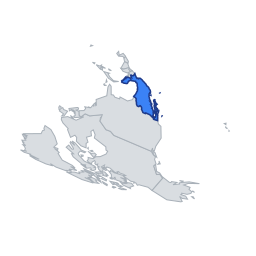 Mexico on a map of North America (Robinson projection), rotated 204°
{"feature_id": "MEX", "entity_name": "Mexico", "entity_type": "country or territory", "adm_level": 0, "iso_a3": "MEX", "parent_name": "North America", "parent_adm1": "", "projection": "robinson", "projection_center": [-103.635, 23.63], "detail": "fine", "context": "in_parent", "style": "filled", "palette": "blue", "viewbox_px": 256, "rotation_deg": 204, "n_neighbors": 17, "source": "natural_earth", "source_scale": "50m", "svg_char_len": 13583}
<svg xmlns="http://www.w3.org/2000/svg" viewBox="0 0 256 256"><g transform="rotate(204 128 128)"><path d="M97.4,116.2L93.7,113.6L91.2,112.9L91.0,110.2L87.8,106.7L89.0,103.8L83.0,97.1L80.0,98.6L75.9,96.2L80.6,80.7L85.6,82.0L94.8,80.6L96.2,79.5L98.7,81.1L100.5,80.0L100.4,81.2L103.9,80.5L111.2,82.0L112.8,82.8L111.0,83.6L113.1,83.9L117.5,83.5L118.8,84.4L120.1,83.6L118.9,82.9L119.7,82.4L122.2,82.2L127.9,84.0L131.5,83.8L131.3,82.8L132.4,82.5L134.3,83.1L134.4,84.6L136.5,81.7L133.7,80.1L133.7,78.4L135.0,77.3L137.8,78.2L139.6,79.9L138.6,80.7L140.9,81.0L141.0,82.7L142.5,81.4L144.1,82.4L143.9,83.6L145.2,84.7L147.0,82.2L146.8,80.4L150.3,80.8L152.0,81.6L151.5,83.2L152.5,84.9L147.3,85.8L145.8,88.6L141.7,90.6L137.5,95.2L137.1,98.5L139.1,98.8L140.6,101.8L154.7,105.2L155.3,108.5L159.0,112.2L160.5,109.8L158.2,106.0L162.2,102.7L158.8,98.8L160.0,96.9L158.2,92.8L163.7,92.6L169.8,94.9L171.0,98.5L173.6,99.8L176.7,96.1L182.6,102.0L182.4,103.1L189.4,106.1L192.3,108.5L193.0,110.5L187.7,113.9L178.6,114.0L172.9,120.2L180.9,115.8L182.4,116.7L181.3,117.9L182.9,121.3L185.0,122.2L187.3,121.9L188.4,119.9L189.9,121.8L182.5,126.2L181.3,126.1L181.0,124.5L183.3,123.0L179.3,123.3L177.7,119.7L175.5,119.0L172.9,123.5L167.9,123.5L157.2,129.7L156.1,129.1L157.4,126.2L156.4,122.9L147.4,117.5L142.6,117.8L137.9,115.5L97.4,116.2ZM150.5,92.6L151.4,91.8L153.2,91.8L151.8,93.0L150.5,92.6ZM152.6,76.0L151.1,74.6L156.6,75.9L154.1,75.9L152.6,76.0ZM156.4,93.9L155.8,92.7L156.7,93.1L156.4,93.9ZM136.4,72.7L135.8,73.3L132.8,72.8L134.9,71.8L136.4,72.7ZM135.7,69.2L133.2,69.1L132.9,68.7L135.0,68.7L135.7,69.2ZM130.4,67.3L133.7,67.9L131.9,68.7L130.4,67.3ZM151.8,72.8L137.7,72.9L135.8,70.8L132.3,70.2L138.2,70.2L141.1,71.8L150.0,71.7L151.8,72.8ZM115.5,68.4L118.6,68.5L114.6,68.9L115.5,68.4ZM116.9,67.3L118.8,67.7L115.8,67.9L116.9,67.3ZM193.5,112.0L192.6,114.7L197.6,115.7L197.5,117.1L198.5,116.8L199.7,118.9L199.5,120.5L197.8,120.2L197.2,118.5L195.9,120.1L194.3,118.7L190.0,118.8L191.3,113.1L193.5,112.0ZM147.3,87.1L153.3,90.0L155.2,90.4L151.3,89.8L148.4,91.5L146.1,90.7L147.3,87.1ZM151.7,77.1L154.8,76.1L166.4,79.4L169.2,81.5L167.2,82.3L176.7,85.3L175.2,88.3L170.9,86.0L169.4,86.2L169.5,87.2L175.0,91.0L174.9,92.2L169.6,90.4L173.8,93.4L170.1,92.8L161.5,88.8L156.9,89.0L157.5,87.8L162.3,87.5L163.2,84.6L162.1,83.3L154.5,80.0L142.9,79.6L141.8,79.1L143.0,78.4L141.3,78.4L140.7,76.8L142.5,74.9L145.4,74.5L144.7,75.4L145.8,76.4L149.4,74.5L151.7,76.1L151.7,77.1ZM133.9,75.0L137.8,74.0L140.0,74.4L134.7,77.1L133.9,75.0ZM104.1,71.1L108.6,69.2L111.8,69.0L110.5,70.5L104.1,71.1ZM84.0,108.3L86.0,107.0L85.3,109.0L86.3,110.5L84.0,108.3ZM123.3,66.7L128.1,67.4L129.4,68.6L123.6,68.0L124.6,67.6L123.3,66.7ZM96.3,117.1L93.3,116.5L89.9,113.0L93.5,113.8L96.3,117.1ZM101.2,73.7L109.5,73.9L111.7,75.0L107.2,76.4L105.5,78.1L102.3,78.9L99.3,77.4L102.1,74.6L101.2,73.7ZM118.7,70.2L122.9,72.0L115.5,73.5L113.7,73.1L116.1,72.4L109.6,72.3L112.4,70.6L119.2,72.0L117.7,70.7L118.7,70.2ZM119.7,75.5L123.2,76.2L124.2,78.7L128.2,80.9L126.3,81.0L126.6,82.2L122.4,81.5L113.5,82.6L108.9,80.3L114.8,79.7L108.3,79.4L107.8,78.8L110.6,78.2L106.8,77.9L112.0,75.2L113.1,75.5L112.5,76.2L118.0,75.7L119.9,77.7L120.5,77.1L119.7,75.5ZM128.9,76.1L127.6,75.1L132.3,74.5L131.6,75.7L133.4,76.3L133.2,77.7L131.4,78.3L126.5,76.4L128.9,76.1ZM121.8,74.8L123.3,74.7L124.2,75.0L123.2,76.0L121.8,74.8ZM126.4,70.8L131.6,70.9L131.3,72.6L126.4,71.9L126.4,70.8ZM132.3,65.5L136.5,64.3L143.7,66.6L140.6,68.1L136.6,68.0L135.4,67.5L136.1,66.6L132.3,65.5ZM137.2,63.6L149.0,62.2L166.4,62.8L161.3,64.1L163.5,64.1L158.7,66.0L153.0,66.7L154.5,66.8L153.9,67.1L155.0,67.8L150.9,69.6L153.1,70.2L150.4,71.0L140.6,70.6L142.3,69.6L141.6,68.6L145.2,69.1L141.8,68.0L144.5,66.6L142.3,65.4L147.4,65.2L141.6,65.1L137.2,63.6ZM160.0,84.3L158.0,84.9L157.5,84.1L158.8,83.0L160.0,84.3ZM131.6,80.0L134.8,81.7L134.1,82.2L129.8,81.2L131.6,80.0ZM181.5,114.6L183.9,114.9L185.7,116.0L183.0,115.5L181.5,114.6ZM183.2,119.8L183.9,120.7L186.4,120.9L185.3,121.8L183.3,121.0L183.2,119.8Z" fill="#d9dde1" stroke="#a8b0b8" stroke-width="1"/><path d="M97.4,116.2L137.9,115.5L142.6,117.8L147.4,117.5L156.4,122.9L156.9,129.7L167.9,123.5L172.9,123.5L175.5,119.0L177.7,119.7L179.7,123.9L175.3,126.0L174.6,128.5L176.1,129.8L170.6,131.1L173.3,131.1L170.3,131.4L169.3,134.8L168.2,133.7L169.1,135.8L168.0,138.0L167.0,134.4L167.2,136.4L166.2,136.1L168.7,141.1L160.5,148.8L163.0,157.4L162.6,160.5L160.4,159.3L156.9,151.6L154.7,152.2L152.6,150.8L147.5,151.2L147.9,153.1L139.4,152.5L135.6,155.6L135.0,159.3L132.6,158.3L129.5,152.7L124.7,152.9L120.7,148.2L113.5,149.0L107.7,146.4L103.9,146.8L101.9,144.0L98.6,142.9L93.6,132.2L95.2,122.6L94.6,117.7L96.8,118.0L97.4,119.7L97.4,116.2ZM80.6,80.7L75.9,96.2L80.0,98.6L83.0,97.1L89.0,103.8L87.9,105.8L84.2,100.0L80.8,99.8L77.1,97.5L68.2,95.2L66.6,95.6L66.5,96.7L61.1,98.2L63.8,94.5L58.2,97.8L58.8,98.7L57.1,99.9L50.1,103.7L40.1,106.2L50.4,101.9L53.9,98.6L47.1,99.0L47.3,96.7L44.0,95.8L43.8,94.2L44.7,93.2L47.1,91.4L52.4,90.3L51.9,89.3L53.1,88.6L47.6,89.2L44.7,87.2L49.9,85.7L53.0,86.5L48.6,82.9L49.8,82.0L63.3,78.2L80.6,80.7ZM38.4,90.3L39.9,90.5L41.9,91.1L40.6,91.7L38.4,90.3ZM39.9,170.8L41.9,171.2L40.4,172.3L39.9,170.8ZM39.2,168.4L39.4,169.2L39.0,168.5L39.2,168.4ZM38.2,168.0L38.9,168.3L38.0,168.2L38.2,168.0ZM36.8,167.8L37.5,167.8L37.4,167.9L36.8,167.8ZM34.5,166.1L34.7,166.7L34.2,166.4L34.5,166.1ZM41.0,96.3L43.4,96.2L43.2,96.8L41.0,96.3ZM56.1,101.1L59.6,100.9L56.0,101.9L56.1,101.1Z" fill="#d9dde1" stroke="#a8b0b8" stroke-width="1"/><path d="M177.1,170.8L177.3,173.9L172.8,173.4L176.2,172.8L174.7,170.4L177.1,170.8Z" fill="#d9dde1" stroke="#a8b0b8" stroke-width="1"/><path d="M177.8,174.8L177.3,170.5L182.8,172.9L178.9,173.2L177.8,174.8Z" fill="#d9dde1" stroke="#a8b0b8" stroke-width="1"/><path d="M164.9,158.2L166.5,157.4L166.6,157.9L164.9,158.2ZM166.6,157.1L167.9,157.9L167.7,159.2L167.4,158.0L166.6,157.1ZM165.9,161.7L166.7,160.6L167.3,163.2L165.9,161.7Z" fill="#d9dde1" stroke="#a8b0b8" stroke-width="1"/><path d="M181.3,62.8L188.3,61.8L199.6,61.8L206.7,62.7L196.4,63.3L206.8,63.8L206.5,64.4L212.9,63.6L217.3,64.3L211.0,65.5L213.4,65.6L213.4,67.5L215.0,69.0L217.2,69.9L214.3,70.4L217.0,71.1L218.5,72.3L217.5,72.4L220.0,73.7L216.5,75.2L219.3,76.9L216.3,76.7L220.4,78.0L221.8,79.2L219.9,79.5L216.4,78.1L217.6,79.1L216.9,79.9L221.8,80.0L205.1,87.5L205.0,90.8L203.5,92.2L204.7,93.5L204.8,96.5L197.8,95.2L191.5,90.6L186.2,84.7L188.0,80.3L183.7,80.8L183.2,79.0L186.9,79.4L180.9,77.7L181.5,76.3L175.0,71.9L163.7,71.2L160.0,69.9L164.8,69.4L157.4,68.4L164.6,66.6L164.8,66.1L161.8,65.6L166.9,64.3L166.2,63.8L177.9,63.0L184.4,63.9L181.3,62.8Z" fill="#d9dde1" stroke="#a8b0b8" stroke-width="1"/><path d="M168.6,191.5L167.7,194.2L165.6,190.9L162.8,194.2L159.5,192.6L159.3,190.0L161.8,191.3L165.8,189.8L168.6,191.5Z" fill="#d9dde1" stroke="#a8b0b8" stroke-width="1"/><path d="M160.0,189.8L159.3,192.3L154.8,189.1L154.3,187.3L158.1,187.2L160.0,189.8Z" fill="#d9dde1" stroke="#a8b0b8" stroke-width="1"/><path d="M158.1,187.2L154.7,187.0L151.4,183.5L155.9,180.0L158.8,179.6L158.1,187.2Z" fill="#d9dde1" stroke="#a8b0b8" stroke-width="1"/><path d="M158.8,179.6L155.9,180.0L152.0,183.4L148.6,180.7L150.9,178.0L155.7,177.8L158.8,179.6Z" fill="#d9dde1" stroke="#a8b0b8" stroke-width="1"/><path d="M148.6,180.7L151.3,181.9L151.0,183.1L147.4,182.0L148.6,180.7Z" fill="#d9dde1" stroke="#a8b0b8" stroke-width="1"/><path d="M143.9,180.5L144.6,177.6L146.7,177.6L145.1,175.4L145.8,174.3L148.8,174.4L148.8,178.0L150.4,178.3L148.6,180.7L147.4,182.0L143.9,180.5Z" fill="#d9dde1" stroke="#a8b0b8" stroke-width="1"/><path d="M148.8,174.4L150.5,173.4L149.3,178.0L148.8,178.0L148.8,174.4Z" fill="#d9dde1" stroke="#a8b0b8" stroke-width="1"/><path d="M184.8,173.0L187.2,173.6L184.7,174.1L184.8,173.0Z" fill="#d9dde1" stroke="#a8b0b8" stroke-width="1"/><path d="M166.5,173.6L168.8,173.3L170.0,174.2L166.5,173.6Z" fill="#d9dde1" stroke="#a8b0b8" stroke-width="1"/><path d="M159.7,164.3L166.1,165.5L173.1,169.7L167.3,170.5L168.3,169.5L165.6,167.3L160.5,165.3L155.4,166.7L159.7,164.3Z" fill="#d9dde1" stroke="#a8b0b8" stroke-width="1"/><path d="M193.9,188.8L195.6,187.4L195.6,188.8L193.9,188.8Z" fill="#d9dde1" stroke="#a8b0b8" stroke-width="1"/><path d="M103.9,146.8L107.7,146.4L107.5,146.8L113.5,149.0L117.9,149.0L118.0,148.2L120.7,148.2L121.2,148.8L121.4,148.9L122.2,149.7L123.2,150.4L123.5,151.3L123.5,151.5L123.6,151.8L124.0,152.3L124.6,152.8L124.8,152.8L125.8,153.4L126.1,153.3L126.4,153.0L126.6,152.2L126.8,152.0L127.0,151.9L127.4,151.8L127.8,151.9L128.5,151.9L129.8,153.0L130.5,154.3L130.5,154.6L130.8,154.9L131.4,155.8L131.8,156.1L131.8,156.5L131.9,156.8L131.9,157.0L132.3,157.6L132.5,158.2L133.0,158.4L133.1,158.5L133.6,158.7L133.8,158.8L134.6,158.9L134.9,159.0L135.3,159.2L135.6,159.1L135.6,159.5L135.1,160.9L134.8,162.0L134.7,163.2L134.7,164.7L134.5,165.3L134.6,165.6L134.7,166.3L135.0,166.9L135.4,167.3L135.3,167.9L135.3,167.7L135.3,167.3L135.0,167.0L134.7,166.5L134.9,167.3L135.1,167.5L135.6,168.8L136.9,170.5L137.2,171.5L137.7,172.0L137.8,172.3L138.0,172.5L137.7,172.4L137.8,172.5L138.2,172.7L138.3,172.7L138.1,172.6L138.3,172.7L139.0,172.7L139.2,172.9L139.6,173.0L140.0,173.7L140.6,173.6L141.6,173.2L142.3,173.2L142.7,173.1L142.9,173.0L143.0,172.9L143.4,172.7L144.2,172.7L144.4,172.8L144.3,173.0L144.5,173.1L144.9,173.2L145.3,172.8L145.3,172.7L145.2,172.5L145.2,172.3L145.8,171.8L146.2,171.5L146.3,170.8L146.6,170.4L146.6,169.2L146.8,168.4L147.6,167.9L149.1,167.6L149.8,167.3L150.5,167.3L151.8,167.5L151.9,167.4L151.5,167.3L152.0,167.2L152.1,167.3L152.5,167.6L152.5,167.9L152.6,168.1L152.3,168.8L151.9,169.3L151.6,169.8L151.5,170.1L151.5,170.5L151.3,170.7L151.1,170.9L151.2,171.1L151.6,171.0L151.5,171.3L151.2,171.5L151.4,171.5L151.5,171.6L151.2,172.5L151.1,172.8L151.0,173.3L150.9,173.5L150.8,173.2L150.6,173.1L150.7,172.6L150.6,172.4L150.4,172.7L150.4,172.8L150.2,173.1L149.8,173.2L149.7,173.5L149.4,174.1L149.2,174.2L148.9,174.1L148.8,174.4L145.8,174.4L145.8,175.4L145.2,175.4L145.9,176.1L146.3,176.4L146.5,176.8L146.8,177.0L146.8,177.6L144.7,177.6L143.9,179.1L144.1,179.5L144.0,180.0L143.9,180.5L142.9,179.4L142.3,178.8L141.1,177.7L140.3,177.2L140.3,177.3L140.6,177.5L141.0,177.7L140.2,177.4L139.9,177.4L140.0,177.2L139.9,177.1L139.7,177.2L139.3,177.2L139.6,177.4L139.1,177.4L138.6,177.8L138.1,178.0L137.3,178.3L136.9,178.4L136.4,178.3L135.7,177.9L134.8,177.8L134.2,177.4L133.6,177.2L133.2,176.8L131.6,176.4L131.1,176.0L129.7,175.5L128.9,174.9L128.7,174.7L128.0,174.1L127.5,174.1L126.7,173.9L125.5,173.4L124.7,172.5L123.9,172.0L123.1,171.6L122.8,171.1L122.5,170.8L122.2,170.3L121.9,169.5L122.1,169.3L122.4,169.3L122.5,169.2L122.4,168.8L122.2,168.8L122.1,168.7L122.6,168.2L122.6,167.5L122.3,167.2L121.9,166.5L121.9,165.9L121.7,165.3L120.7,164.3L120.5,163.8L119.9,163.0L118.5,161.9L118.9,162.1L119.0,162.1L118.9,161.8L118.4,161.7L118.2,161.6L118.1,161.3L117.7,160.7L117.9,160.8L118.1,160.8L117.6,160.5L117.0,160.2L116.9,159.9L116.5,160.0L116.4,159.8L116.6,159.8L116.7,159.5L116.2,159.8L116.1,159.7L115.9,159.5L115.9,158.9L116.3,158.4L116.4,158.5L116.2,158.3L116.1,158.0L115.8,157.7L115.4,157.7L115.2,157.4L115.1,157.0L114.5,156.8L114.2,156.5L114.1,156.3L114.0,155.9L114.2,155.5L113.8,155.4L113.5,155.5L113.2,155.3L113.0,155.0L112.7,154.5L112.3,154.4L111.9,153.7L111.6,153.3L111.5,152.9L111.3,152.7L111.2,152.4L110.7,151.5L110.6,150.9L110.2,150.3L110.2,150.0L110.2,149.8L110.2,149.5L110.3,149.5L110.3,149.3L109.4,149.0L109.4,148.8L109.2,148.6L108.9,148.5L108.6,148.7L107.3,147.9L107.5,148.1L107.6,148.4L107.5,148.6L107.4,149.3L107.6,149.7L107.6,150.1L107.7,150.6L107.7,151.1L107.8,151.5L108.1,151.8L108.4,152.0L109.1,152.7L109.4,153.2L109.5,153.5L109.9,153.8L110.1,154.3L110.4,154.5L110.6,154.9L110.5,155.1L110.6,155.3L110.6,155.6L110.9,155.9L111.3,156.2L111.5,156.8L111.8,157.0L112.0,157.4L112.0,157.7L112.2,157.9L112.1,157.6L112.1,157.4L112.5,157.7L112.5,157.9L112.6,158.1L112.8,158.8L112.9,159.4L113.1,159.8L113.3,159.9L113.5,160.6L113.8,161.1L113.7,161.7L113.9,162.1L114.0,162.4L114.3,162.6L114.4,162.4L114.4,162.2L114.5,162.1L114.9,162.4L115.2,162.9L115.4,163.1L115.4,163.4L115.7,163.5L115.8,163.7L115.7,164.3L115.2,164.8L114.9,164.8L114.8,164.6L114.6,164.0L114.3,163.5L113.9,163.3L113.2,162.6L112.6,162.1L112.2,161.7L111.9,161.5L111.6,161.2L111.5,160.8L111.6,160.0L111.5,159.2L111.1,158.6L110.7,158.4L110.1,157.9L110.0,157.7L109.9,157.2L109.7,157.5L109.2,157.7L108.8,157.2L108.6,157.2L108.4,156.9L107.9,156.7L107.7,156.3L107.0,155.8L107.0,155.6L107.7,155.7L107.9,155.6L108.1,155.5L108.4,155.9L108.5,155.9L108.4,155.8L108.3,155.6L108.4,155.4L108.2,155.4L108.3,155.2L108.5,154.8L108.6,154.5L108.4,154.1L107.2,152.7L106.8,152.6L106.0,152.0L105.9,151.6L105.8,150.9L105.6,150.7L105.5,150.0L105.1,149.7L105.1,149.3L104.6,148.6L104.6,148.3L104.7,148.2L104.3,147.8L104.2,147.4L104.0,147.1L103.9,146.8ZM111.5,153.4L111.4,153.8L111.0,153.7L111.1,153.1L111.4,152.9L111.5,153.4ZM110.0,153.3L109.8,153.2L109.5,152.8L109.4,152.6L109.3,152.3L109.6,152.5L109.9,152.8L110.0,153.3ZM152.6,169.2L152.2,169.7L152.3,169.3L152.3,169.2L152.6,169.2ZM111.6,161.7L111.4,161.5L111.4,161.4L111.2,161.3L111.4,161.0L111.5,160.3L111.5,160.5L111.4,161.2L111.6,161.7ZM106.8,154.9L106.7,155.2L106.6,154.8L106.6,154.6L106.8,154.9ZM101.9,153.5L101.7,153.2L101.8,153.0L101.9,153.5ZM112.2,162.0L111.7,161.8L111.9,161.7L112.2,162.0ZM120.5,167.2L120.5,167.4L120.4,167.3L120.3,167.1L120.5,167.1L120.5,167.2ZM114.0,160.9L114.1,161.1L113.9,160.9L113.8,160.7L114.0,160.9ZM113.2,158.9L113.2,159.1L113.0,159.3L113.1,158.9L113.2,158.9ZM113.3,172.6L113.2,172.7L113.2,172.4L113.3,172.6ZM144.7,172.7L144.8,172.5L144.7,172.7ZM115.2,162.5L115.1,162.4L115.1,162.1L115.2,162.4L115.2,162.5Z" fill="#3b82f6" stroke="#1e3a8a" stroke-width="1.5"/></g></svg>